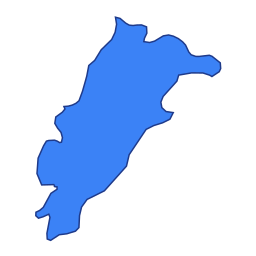 the border of Lodi, rotated 89°
{"feature_id": "ITA-5448", "entity_name": "Lodi", "entity_type": "Province", "adm_level": 1, "iso_a3": "ITA", "parent_name": "Italy", "parent_adm1": "", "projection": "robinson", "projection_center": [9.573, 45.269], "detail": "fine", "context": "isolated", "style": "filled", "palette": "blue", "viewbox_px": 256, "rotation_deg": 89, "n_neighbors": 0, "source": "natural_earth", "source_scale": "10m", "svg_char_len": 1330}
<svg xmlns="http://www.w3.org/2000/svg" viewBox="0 0 256 256"><g transform="rotate(89 128 128)"><path d="M78.0,43.2L76.6,45.4L74.3,52.1L74.0,63.4L76.0,76.4L82.0,78.3L97.0,92.3L102.7,94.7L108.2,93.8L112.2,89.7L113.4,82.5L119.9,85.9L123.4,93.3L126.0,102.2L129.7,109.9L154.7,127.3L166.1,130.2L190.4,152.7L198.7,170.2L206.2,175.8L214.7,178.0L226.7,178.8L230.2,182.3L232.7,191.0L233.5,198.6L239.0,207.3L237.6,210.7L231.9,210.9L216.0,207.6L212.8,208.7L215.3,214.5L216.6,219.1L214.1,221.7L210.6,221.5L208.9,217.8L205.9,214.1L192.0,206.2L188.0,200.0L185.6,200.0L185.4,202.2L185.1,202.6L184.4,202.5L183.3,203.2L183.4,215.3L172.0,219.8L156.6,218.4L144.3,212.7L139.7,209.8L139.1,207.5L138.9,201.6L139.9,199.0L141.4,196.6L141.0,194.8L136.6,193.7L131.3,195.0L126.9,198.4L122.1,201.1L115.7,200.0L111.1,193.4L107.9,190.7L105.4,191.7L105.1,187.3L104.1,183.3L102.4,179.6L99.9,176.5L90.6,172.9L81.1,170.0L75.3,168.3L64.8,166.1L59.8,160.1L49.3,153.4L39.3,142.8L32.1,139.2L24.1,137.6L17.0,138.6L18.3,134.0L23.1,128.5L25.2,124.9L25.6,121.1L25.2,117.1L25.2,112.6L27.2,107.7L33.5,107.5L38.6,110.0L41.9,110.7L42.9,104.9L41.6,99.9L36.5,91.1L35.7,85.8L37.0,81.0L39.5,76.1L42.8,71.9L46.1,69.0L53.1,65.9L55.9,63.6L57.6,59.0L57.7,55.7L56.7,45.4L57.8,42.7L64.5,34.6L70.2,34.3L73.3,35.8L78.0,43.2Z" fill="#3b82f6" stroke="#1e3a8a" stroke-width="1.5"/></g></svg>